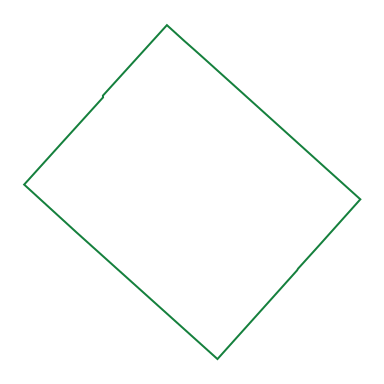 the district of Stephens, Oklahoma, United States of America, rotated 42°
{"feature_id": "52423323B61502128532198", "entity_name": "Stephens", "entity_type": "district", "adm_level": 2, "iso_a3": "USA", "parent_name": "United States of America", "parent_adm1": "Oklahoma", "projection": "orthographic", "projection_center": [-97.869, 34.485], "detail": "fine", "context": "isolated", "style": "outline", "palette": "green", "viewbox_px": 384, "rotation_deg": 42, "n_neighbors": 0, "source": "geoboundaries", "source_scale": "gbopen_adm2", "svg_char_len": 377}
<svg xmlns="http://www.w3.org/2000/svg" viewBox="0 0 384 384"><g transform="rotate(42 192 192)"><path d="M61.3,180.0L62.6,181.2L62.4,243.3L62.3,298.8L133.2,299.3L322.7,299.1L322.6,227.9L322.5,180.0L322.1,177.9L322.2,148.2L322.0,86.7L322.0,84.8L274.5,84.8L175.9,84.7L108.8,84.7L93.0,84.8L85.4,84.9L61.7,84.8L61.3,180.0Z" fill="none" stroke="#15803d" stroke-width="2"/></g></svg>